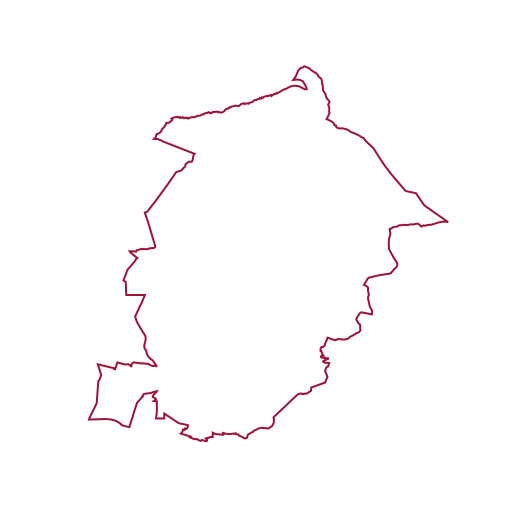 outline of Atltzayanca, Tlaxcala, Mexico, rotated 79°
{"feature_id": "50627088B48258188094940", "entity_name": "Atltzayanca", "entity_type": "district", "adm_level": 2, "iso_a3": "MEX", "parent_name": "Mexico", "parent_adm1": "Tlaxcala", "projection": "natural_earth1", "projection_center": [-97.798, 19.412], "detail": "fine", "context": "isolated", "style": "outline", "palette": "rose", "viewbox_px": 512, "rotation_deg": 79, "n_neighbors": 0, "source": "geoboundaries", "source_scale": "gbopen_adm2", "svg_char_len": 6096}
<svg xmlns="http://www.w3.org/2000/svg" viewBox="0 0 512 512"><g transform="rotate(79 256 256)"><path d="M129.7,156.5L128.6,156.7L123.8,155.7L121.5,156.3L120.5,155.8L119.3,154.6L118.0,154.5L114.6,156.5L113.3,156.8L109.5,157.1L108.2,157.8L106.0,158.6L101.1,157.9L99.1,158.3L96.8,157.9L94.6,158.1L91.9,160.2L88.5,161.6L84.4,166.1L82.0,167.8L79.0,172.3L80.0,174.7L79.9,176.1L82.0,179.1L87.3,182.7L90.3,185.9L90.6,181.9L91.6,179.1L93.5,176.6L99.4,174.5L101.9,174.4L101.5,176.6L100.1,178.2L99.3,179.4L98.3,180.3L97.4,182.0L96.2,185.7L96.0,187.6L96.3,190.4L97.9,195.5L97.7,196.3L100.3,204.0L99.8,204.6L99.9,204.9L100.5,205.1L100.7,206.7L100.4,207.2L101.3,209.1L101.1,209.6L101.8,210.2L101.1,210.6L101.5,210.8L101.1,211.6L101.0,212.7L101.4,213.5L100.9,214.6L101.2,215.7L101.1,217.5L101.5,218.6L102.1,219.2L102.1,220.3L101.7,220.4L102.5,221.2L101.7,222.1L102.2,222.4L102.4,224.9L103.0,225.7L102.6,227.6L104.2,230.2L104.4,233.2L105.1,234.2L104.7,234.7L104.4,237.2L104.8,237.9L103.7,238.9L104.2,242.1L105.4,243.8L105.4,244.9L104.9,245.8L104.5,247.9L104.8,249.5L104.6,251.1L105.1,252.4L105.0,253.7L105.6,254.1L105.6,255.1L106.1,255.8L105.9,256.9L106.1,257.4L106.9,258.7L107.6,259.3L108.5,261.3L108.5,263.6L107.6,264.7L107.5,265.3L107.7,266.1L107.0,266.4L106.7,267.4L106.7,269.0L106.4,271.0L107.1,272.1L106.9,272.6L107.1,274.0L105.9,274.7L105.7,275.3L106.3,276.3L106.2,278.8L106.4,279.8L107.1,280.5L106.7,281.7L107.6,284.3L107.2,286.7L107.3,287.4L107.9,288.2L107.7,289.2L108.0,289.9L107.4,292.6L108.1,296.6L107.9,296.9L107.2,296.9L107.2,298.3L106.7,298.8L107.1,300.3L105.8,301.4L106.2,302.1L106.2,302.8L105.3,303.6L105.9,304.4L105.7,305.0L105.0,305.3L104.5,306.1L104.3,309.7L105.0,312.7L105.6,312.1L106.1,312.0L107.2,313.1L107.7,314.5L108.4,315.5L108.6,316.2L108.2,318.1L108.3,318.7L109.6,319.2L110.4,320.3L111.9,321.5L113.5,323.8L116.2,326.1L117.0,327.3L117.3,329.9L118.3,330.8L120.5,332.0L121.6,333.8L122.4,330.3L124.7,326.7L125.9,325.4L144.0,296.8L144.5,297.6L146.8,298.9L149.9,300.0L151.2,301.0L151.2,301.7L150.6,303.4L150.7,304.3L151.4,305.1L152.1,307.2L152.8,307.8L153.6,307.9L155.1,309.1L156.0,310.8L157.0,311.8L157.9,313.4L158.3,317.2L158.7,318.7L159.8,320.0L160.3,320.2L168.3,328.4L182.5,343.7L191.8,354.4L192.2,356.9L203.0,355.4L227.4,353.0L228.0,353.2L228.6,354.5L228.5,356.0L228.3,356.8L228.4,358.0L228.1,358.9L228.4,359.3L228.4,362.6L227.6,365.1L227.7,366.2L227.2,366.6L227.4,367.4L227.2,368.2L227.5,369.5L227.6,372.1L228.8,372.8L227.2,379.0L228.9,378.4L235.4,372.8L236.4,374.7L236.9,374.9L238.6,376.6L244.9,384.7L254.7,390.8L256.5,388.8L269.5,390.8L273.1,372.5L280.4,377.3L281.9,378.7L292.4,386.2L297.4,385.6L303.0,383.8L313.6,379.8L316.9,380.2L321.9,382.5L324.5,383.1L325.9,382.8L327.5,382.0L331.3,381.8L333.3,381.2L336.6,379.4L338.1,377.9L339.4,377.0L344.9,374.6L345.1,375.0L344.8,375.1L344.1,378.8L342.5,381.3L341.2,382.4L340.4,385.9L339.8,387.3L339.6,389.0L337.0,396.7L338.7,399.1L340.2,399.2L340.5,399.6L337.9,401.9L337.5,405.3L334.0,412.4L340.3,415.9L339.8,416.9L339.1,416.6L334.9,426.0L332.1,431.9L343.4,430.7L348.0,433.6L348.5,434.6L370.2,440.5L383.2,450.4L384.7,451.1L387.5,433.8L389.0,429.1L390.7,425.7L392.2,423.7L394.4,421.3L395.8,420.2L395.9,420.4L397.2,418.8L399.8,413.0L377.5,400.9L372.4,394.2L372.2,394.5L370.0,392.4L370.4,385.1L370.0,382.9L369.8,379.1L370.6,379.7L371.5,381.3L373.4,383.8L374.2,384.2L374.9,384.1L376.2,382.2L377.4,381.5L378.2,381.9L378.2,382.9L378.8,384.1L379.9,381.1L389.8,383.0L396.4,385.1L398.0,377.1L393.2,376.1L405.4,363.7L409.0,355.2L410.7,355.5L412.2,356.8L412.5,358.0L412.3,358.5L411.9,358.2L411.7,358.5L412.1,359.2L412.5,358.9L413.1,359.4L413.2,359.9L412.6,360.9L414.5,361.8L415.3,362.5L416.0,363.7L420.8,354.6L421.5,355.5L423.1,352.8L423.7,352.1L424.3,350.4L424.4,349.1L424.9,348.2L425.8,347.6L426.9,345.6L426.8,344.9L426.2,344.3L428.4,340.2L428.2,339.6L427.2,339.1L425.7,340.0L425.8,339.3L425.3,338.8L425.5,338.4L425.3,336.5L425.0,336.3L425.4,333.0L421.2,332.2L422.9,330.0L425.3,322.3L425.1,322.0L423.5,322.4L423.3,322.3L424.6,319.7L425.8,316.3L426.2,309.9L426.9,310.1L427.2,309.7L427.8,307.4L429.2,306.8L430.8,304.2L431.3,303.9L432.8,302.1L433.0,300.8L432.8,299.6L429.9,298.1L428.4,294.2L428.0,292.3L426.8,290.9L426.7,289.1L425.8,286.5L425.6,284.1L426.5,280.4L427.7,276.8L426.0,272.7L423.5,270.6L419.2,269.4L418.4,269.7L417.5,269.4L399.9,241.6L399.4,238.9L399.8,237.5L400.5,236.7L400.2,235.6L400.5,235.2L400.4,234.1L400.8,232.6L399.3,229.0L399.0,227.9L395.6,226.8L393.4,212.1L392.9,212.1L388.3,208.9L382.1,210.1L379.7,208.9L378.7,208.0L378.4,206.9L377.9,206.2L375.1,204.5L374.7,204.9L374.3,207.6L372.8,210.2L372.3,210.2L371.8,209.8L370.7,204.9L370.2,204.8L369.4,207.7L368.1,211.1L367.6,211.5L367.1,211.5L366.2,210.4L366.6,208.9L365.9,209.3L361.8,210.0L361.7,210.7L359.7,210.5L358.0,209.3L357.8,209.1L357.8,208.6L358.2,207.7L356.9,205.6L354.4,204.4L352.2,202.7L349.8,201.4L353.8,194.6L353.2,191.4L354.9,185.1L354.9,183.7L354.8,181.7L354.5,180.8L353.4,179.4L352.4,175.9L351.0,172.2L350.4,169.5L349.7,168.4L348.7,167.7L344.9,167.2L344.2,166.9L342.8,167.1L341.9,168.1L337.7,169.7L337.0,169.6L332.9,166.1L331.9,164.8L331.4,163.3L335.4,153.4L333.0,152.7L331.2,152.6L330.2,152.9L329.2,153.5L326.7,154.0L318.9,154.1L317.2,153.6L316.3,152.8L315.0,152.6L311.6,152.7L308.7,152.1L307.6,152.4L306.0,154.0L305.0,155.5L299.4,150.6L298.8,148.8L298.4,139.5L298.8,127.0L298.2,126.7L297.1,125.0L295.3,123.0L294.6,121.5L293.3,119.9L290.9,118.7L288.3,119.4L283.5,121.3L274.6,124.1L269.1,123.3L264.6,122.2L261.3,120.4L259.8,119.9L254.9,119.6L254.8,118.0L253.9,115.8L253.7,114.8L254.1,112.1L253.2,109.7L253.6,106.7L253.5,105.8L254.6,101.0L254.4,98.3L255.0,95.9L255.0,91.1L257.1,89.1L258.3,88.5L258.7,87.8L257.9,85.8L258.6,84.2L258.2,81.3L258.6,79.9L258.7,76.8L258.0,71.3L257.9,67.0L258.2,64.4L259.4,60.9L238.5,81.1L224.9,87.0L220.7,96.8L200.4,108.2L190.3,113.1L172.6,120.2L163.7,126.6L160.7,127.8L159.7,129.7L158.2,130.9L156.0,133.7L153.4,137.4L152.4,139.4L150.4,140.9L148.8,143.1L147.1,146.9L146.6,150.2L145.7,151.7L144.1,152.8L143.0,152.7L142.7,153.9L139.9,154.8L138.7,155.8L136.1,159.0L135.2,160.6L129.7,156.5Z" fill="none" stroke="#9f1239" stroke-width="2"/></g></svg>